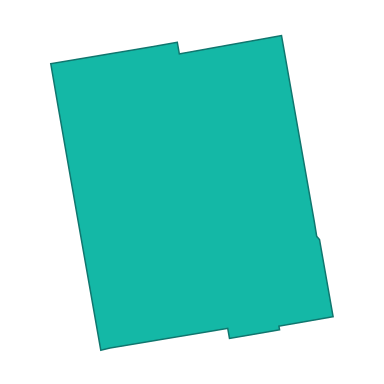 Powder River, Montana, United States of America (Natural Earth projection), rotated 260°
{"feature_id": "52423323B99413017913661", "entity_name": "Powder River", "entity_type": "district", "adm_level": 2, "iso_a3": "USA", "parent_name": "United States of America", "parent_adm1": "Montana", "projection": "natural_earth1", "projection_center": [-105.736, 45.391], "detail": "fine", "context": "isolated", "style": "filled", "palette": "teal", "viewbox_px": 384, "rotation_deg": 260, "n_neighbors": 0, "source": "geoboundaries", "source_scale": "gbopen_adm2", "svg_char_len": 454}
<svg xmlns="http://www.w3.org/2000/svg" viewBox="0 0 384 384"><g transform="rotate(260 192 192)"><path d="M61.9,74.7L52.0,74.7L52.6,84.1L51.5,203.5L41.3,203.5L41.1,254.3L44.8,254.3L44.7,309.3L44.8,309.3L100.4,309.3L123.0,309.3L126.2,307.4L126.4,307.1L141.6,307.3L252.8,307.3L321.5,307.3L330.4,307.3L330.5,307.3L330.2,203.5L342.0,203.5L342.0,176.7L342.9,75.2L302.5,75.0L185.7,74.8L61.9,74.7Z" fill="#14b8a6" stroke="#0f766e" stroke-width="1.5"/></g></svg>